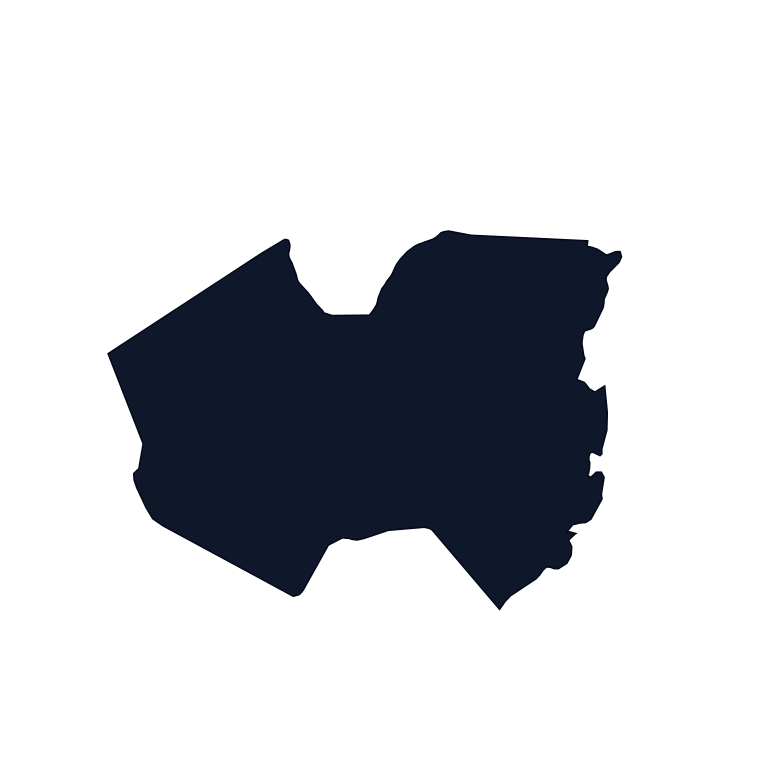 outline of Agnéby, rotated 32°
{"feature_id": "CIV-3451", "entity_name": "Agnéby", "entity_type": "Department", "adm_level": 1, "iso_a3": "CIV", "parent_name": "Ivory Coast", "parent_adm1": "", "projection": "natural_earth1", "projection_center": [-3.837, 6.123], "detail": "fine", "context": "isolated", "style": "filled", "palette": "ink", "viewbox_px": 768, "rotation_deg": 32, "n_neighbors": 0, "source": "natural_earth", "source_scale": "10m", "svg_char_len": 1922}
<svg xmlns="http://www.w3.org/2000/svg" viewBox="0 0 768 768"><g transform="rotate(32 384 384)"><path d="M335.1,333.4L335.8,326.9L335.7,321.0L335.1,318.5L333.5,314.2L331.7,304.4L332.1,299.7L332.0,294.6L332.6,289.5L332.6,286.7L331.5,278.8L331.3,275.9L331.6,270.2L333.5,259.9L336.8,251.2L339.0,247.5L348.9,235.0L350.6,231.4L351.6,228.1L352.1,225.7L354.3,222.9L357.8,220.0L379.1,211.7L480.9,154.6L483.3,159.7L488.3,157.7L494.0,156.6L502.7,156.8L504.7,156.6L510.3,149.0L514.1,146.6L518.1,150.4L518.9,156.2L515.9,169.4L515.7,175.2L517.2,178.2L522.1,182.6L523.7,184.5L524.6,188.0L525.7,195.5L527.6,198.7L529.4,203.1L531.7,223.7L530.9,226.7L528.9,229.3L527.0,231.4L526.1,233.0L526.6,236.4L527.6,239.1L528.6,241.0L529.0,242.3L530.7,245.2L538.4,254.1L541.0,256.0L545.1,278.0L553.4,276.5L560.8,279.3L567.1,279.1L572.2,268.7L588.5,289.9L597.5,305.1L603.1,323.6L605.8,327.9L605.2,330.3L597.5,331.1L595.3,332.9L596.1,336.6L598.0,340.0L600.1,341.5L602.8,346.3L604.9,351.5L604.3,353.2L608.8,353.8L610.7,346.3L615.0,343.6L620.1,346.5L626.7,362.2L629.8,365.9L631.1,388.9L628.6,394.4L623.4,398.4L618.6,403.4L617.5,412.2L619.8,411.0L626.0,409.1L625.2,411.2L623.9,416.2L623.1,418.4L629.4,422.5L633.5,430.0L634.1,439.2L629.8,448.2L626.2,450.4L622.1,451.3L618.8,453.0L617.5,457.5L617.2,463.4L616.2,468.5L603.5,496.6L601.9,504.7L601.5,513.9L503.1,482.6L500.6,482.2L497.5,482.9L493.9,484.3L465.2,505.8L448.7,525.8L443.8,530.6L439.2,532.7L436.0,533.5L430.2,536.6L422.2,550.1L424.7,601.3L424.5,604.3L423.7,607.5L419.6,612.1L271.9,621.4L259.2,620.8L247.6,614.9L229.1,602.9L223.0,597.9L219.2,592.6L220.9,585.6L211.4,562.3L133.9,504.5L210.9,338.0L223.0,314.3L224.7,313.1L226.9,312.8L229.7,315.1L231.3,317.2L232.4,319.6L234.0,324.0L235.2,325.7L236.7,327.2L242.0,330.3L251.6,337.8L254.6,340.8L256.2,342.1L258.7,343.4L271.8,347.0L284.8,352.3L293.3,354.4L295.2,355.6L303.7,353.4L335.1,333.4Z" fill="#0f172a" stroke="#020617" stroke-width="1.5"/></g></svg>